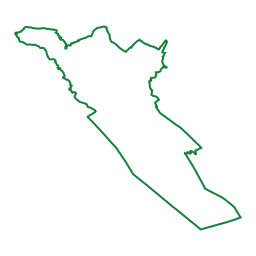 outline of Vadu Sapat, Prahova, Romania
{"feature_id": "2599482B9127091814078", "entity_name": "Vadu Sapat", "entity_type": "district", "adm_level": 2, "iso_a3": "ROU", "parent_name": "Romania", "parent_adm1": "Prahova", "projection": "robinson", "projection_center": [26.374, 45.031], "detail": "fine", "context": "isolated", "style": "outline", "palette": "green", "viewbox_px": 256, "rotation_deg": 0, "n_neighbors": 0, "source": "geoboundaries", "source_scale": "gbopen_adm2", "svg_char_len": 5396}
<svg xmlns="http://www.w3.org/2000/svg" viewBox="0 0 256 256"><path d="M200.7,229.4L226.6,222.2L231.5,220.7L240.6,217.5L234.1,206.9L225.5,199.9L223.1,198.2L220.1,196.4L208.7,190.6L204.7,188.4L204.9,188.0L200.4,179.7L199.3,177.8L195.7,171.0L190.9,162.7L187.8,157.9L186.1,154.8L185.5,154.5L184.8,153.3L184.9,153.0L186.5,153.9L186.8,153.7L187.0,153.5L187.1,153.0L187.4,152.3L187.6,152.2L187.9,152.2L188.7,152.6L189.5,153.6L190.0,153.7L190.6,153.3L191.1,152.2L190.2,151.5L190.2,151.3L190.3,151.1L190.6,151.1L191.2,151.1L192.7,151.7L194.0,152.6L195.1,154.0L195.5,154.2L196.0,153.9L195.6,152.4L195.4,151.1L195.4,150.7L195.5,150.4L195.8,150.3L196.4,150.3L197.1,150.2L197.6,149.5L200.2,148.3L201.3,148.0L201.3,147.8L197.7,144.1L193.1,139.7L189.4,136.0L180.4,127.6L176.9,125.3L168.1,118.9L166.1,117.3L163.6,115.6L160.0,113.0L156.0,107.0L157.0,106.6L155.0,103.1L156.0,102.0L158.5,100.0L158.6,99.8L158.8,99.7L157.2,97.5L156.3,96.6L153.8,96.0L152.7,95.6L151.4,94.7L152.2,90.4L151.9,90.3L151.4,89.7L150.9,89.4L150.8,88.6L150.2,88.0L150.0,87.7L149.9,87.3L149.9,86.3L149.6,84.4L149.6,84.1L149.8,83.7L149.8,83.4L149.2,82.6L149.0,82.2L149.7,80.8L150.0,80.9L150.9,80.9L151.2,80.6L151.3,80.1L150.9,79.4L150.8,78.7L150.8,78.3L151.1,77.9L151.6,77.8L153.2,77.8L154.2,77.7L155.0,77.2L155.8,76.3L156.1,75.8L155.7,75.0L156.4,74.1L156.4,73.4L156.6,72.8L156.1,72.4L158.7,72.0L159.8,71.7L160.5,70.8L160.6,69.8L160.8,69.4L161.0,69.2L162.1,68.3L162.4,67.8L163.1,67.0L166.4,67.7L166.6,67.4L164.6,65.9L163.3,64.6L162.1,61.5L162.9,59.1L163.0,57.4L162.7,56.7L163.4,56.3L164.4,53.7L165.0,52.9L163.4,52.5L162.4,52.4L162.4,51.4L162.7,50.4L163.9,49.1L164.0,47.8L165.3,46.0L166.9,42.1L166.6,41.0L166.3,40.6L165.8,40.4L165.5,40.6L165.2,40.8L164.0,42.7L163.5,43.1L163.2,43.8L162.1,45.4L161.0,46.3L160.0,47.5L159.6,48.7L159.0,49.2L158.5,49.4L158.2,48.9L157.4,48.7L156.0,48.1L155.8,47.6L155.7,47.5L154.1,47.2L153.8,47.1L153.5,46.6L152.5,46.6L151.3,46.1L149.8,45.9L149.4,45.6L148.8,45.1L147.4,44.6L147.0,44.2L146.2,44.2L145.9,43.9L145.4,44.0L145.0,43.5L142.8,42.5L142.4,42.0L142.1,41.4L140.7,41.0L140.3,40.6L139.7,40.3L139.6,39.8L137.4,41.0L134.1,43.9L133.2,44.9L133.2,45.2L132.8,45.4L132.2,46.3L131.3,47.6L130.6,47.1L126.8,50.8L125.9,51.8L124.0,51.0L122.7,50.0L120.4,48.5L119.0,47.4L116.9,45.2L116.0,44.4L113.3,42.6L111.7,42.0L111.3,41.5L111.0,41.1L110.8,40.5L110.5,39.8L109.7,38.0L109.7,37.2L109.8,35.6L107.4,31.1L106.6,29.1L106.6,28.7L106.9,27.9L106.5,27.5L104.8,26.6L103.4,26.6L101.5,27.2L100.1,27.3L98.9,27.8L97.9,27.8L97.4,27.9L95.6,29.3L94.3,30.0L93.0,31.9L92.9,32.2L92.6,33.4L91.2,36.1L91.1,36.3L89.5,36.0L88.3,36.3L85.5,37.9L79.9,39.5L79.6,40.0L78.8,40.8L78.5,40.8L78.2,40.5L78.0,40.4L77.7,41.2L77.1,41.3L75.5,42.3L74.3,42.3L73.5,42.6L73.2,42.9L73.0,43.4L72.9,43.5L71.9,43.3L71.4,43.3L70.9,44.3L70.7,44.7L70.6,45.5L70.4,45.6L70.1,45.6L68.9,45.3L67.9,45.3L67.3,45.7L67.1,46.4L67.0,46.5L66.5,46.5L66.2,46.8L66.1,47.0L66.1,47.3L66.5,47.7L66.5,47.9L66.5,48.2L66.3,48.5L66.0,48.6L65.6,48.6L65.3,48.4L65.3,47.6L65.3,47.3L65.8,46.2L65.8,45.3L66.4,44.6L66.4,44.4L66.3,44.1L65.4,43.5L65.2,43.2L64.9,41.9L63.6,40.9L63.1,40.0L62.1,39.7L60.7,39.8L60.4,39.6L60.1,38.9L60.2,38.6L60.4,38.2L61.2,37.8L61.3,37.5L61.3,37.4L59.7,37.5L59.2,37.4L59.2,37.1L59.4,36.2L59.2,35.8L58.4,35.5L57.7,34.8L57.6,34.5L58.0,34.0L57.9,33.8L55.8,32.7L56.4,31.8L56.6,31.1L56.5,30.5L56.2,30.0L56.0,29.9L54.3,29.9L52.9,29.4L51.1,29.5L50.5,29.4L49.0,28.9L46.3,28.9L45.6,28.5L44.9,28.4L44.1,28.1L39.3,28.6L35.2,28.5L35.0,28.3L34.2,28.2L32.9,28.2L32.4,27.9L31.4,27.5L30.7,27.4L29.5,27.5L27.1,26.9L25.4,27.2L24.3,27.8L23.9,28.3L23.9,29.0L23.4,29.2L22.8,29.8L22.2,30.1L21.9,30.8L21.4,31.3L19.2,32.2L16.2,32.7L16.7,33.6L15.4,33.7L17.6,37.6L18.6,37.7L18.9,38.2L19.0,39.4L19.5,40.8L19.6,41.4L23.5,42.4L23.8,42.6L24.5,43.2L25.5,43.7L26.9,44.6L27.2,44.7L28.9,44.4L32.8,44.9L35.0,44.7L35.8,45.0L36.6,45.5L38.0,46.0L39.0,46.5L39.3,46.7L39.7,47.5L40.1,47.8L40.8,48.0L42.7,47.9L43.6,48.1L44.1,48.3L44.6,48.8L45.5,50.4L46.2,51.3L46.8,53.9L47.5,55.7L47.8,56.5L48.5,57.6L48.7,58.3L49.2,58.9L49.7,59.2L50.4,59.3L52.0,59.3L53.3,59.1L53.8,59.2L54.6,59.7L55.2,60.7L55.4,60.6L55.8,61.5L55.2,62.1L55.3,62.2L55.7,62.8L56.2,63.4L56.7,64.3L56.8,64.7L57.2,65.0L57.8,65.6L58.3,65.7L58.3,67.4L57.6,67.7L58.3,69.2L60.2,68.3L60.8,69.9L62.2,71.1L63.4,72.7L63.8,73.9L64.5,75.3L64.7,76.2L63.4,76.9L63.1,77.3L63.1,77.7L63.8,77.9L64.4,78.5L65.2,78.7L65.8,79.3L66.2,79.4L66.6,79.8L67.2,79.7L67.7,79.7L68.3,80.3L68.9,80.6L69.1,80.9L69.5,81.7L70.0,82.1L70.3,82.7L70.4,83.1L70.2,83.6L70.2,84.8L70.5,85.4L71.0,85.3L71.6,85.5L71.6,86.2L71.0,86.7L71.0,87.0L70.6,87.4L70.4,88.0L70.2,88.0L69.9,88.1L69.7,88.4L70.4,88.6L69.9,89.2L69.6,89.1L69.4,89.5L69.6,89.6L70.4,89.6L70.6,90.4L71.2,90.4L71.7,91.6L72.2,92.5L72.6,92.7L73.2,92.4L73.7,92.2L74.5,92.2L75.5,92.6L75.6,92.8L75.9,92.9L76.1,93.2L75.4,93.6L75.3,93.9L75.5,94.6L75.5,94.9L74.7,95.9L74.6,97.2L74.9,97.4L75.0,97.7L76.4,99.2L78.3,100.6L79.4,101.7L81.2,102.3L81.9,102.6L84.1,103.1L84.9,103.7L85.4,103.9L86.4,103.9L86.6,104.1L87.0,104.8L87.4,105.9L87.5,106.7L91.3,108.0L95.0,110.3L95.5,110.9L95.7,111.4L95.3,111.9L91.6,114.2L87.8,116.5L87.8,117.2L88.1,117.6L88.6,117.9L95.8,125.4L104.0,134.3L111.5,142.7L112.9,144.2L116.2,147.8L117.6,149.8L118.4,151.3L119.9,153.2L120.9,154.7L122.1,156.6L122.5,157.1L122.5,157.3L123.6,158.8L126.1,162.5L133.1,174.2L147.4,185.6L172.0,206.1L176.8,209.9L177.5,210.4L200.7,229.4Z" fill="none" stroke="#15803d" stroke-width="2"/></svg>